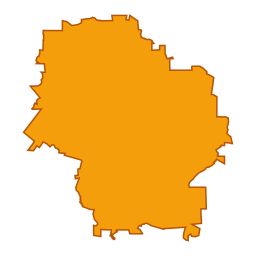 outline of Ahumada, Chihuahua, Mexico
{"feature_id": "50627088B53671513789035", "entity_name": "Ahumada", "entity_type": "district", "adm_level": 2, "iso_a3": "MEX", "parent_name": "Mexico", "parent_adm1": "Chihuahua", "projection": "mercator", "projection_center": [-106.345, 30.427], "detail": "fine", "context": "isolated", "style": "filled", "palette": "amber", "viewbox_px": 256, "rotation_deg": 0, "n_neighbors": 0, "source": "geoboundaries", "source_scale": "gbopen_adm2", "svg_char_len": 5570}
<svg xmlns="http://www.w3.org/2000/svg" viewBox="0 0 256 256"><path d="M71.8,25.5L66.8,21.6L62.4,20.7L62.4,30.6L43.2,30.5L43.2,34.5L43.5,34.6L43.8,35.2L43.7,35.5L43.7,36.2L43.6,36.6L43.7,38.3L43.5,39.4L43.7,40.1L43.2,40.1L43.0,50.2L39.6,50.0L39.7,50.4L39.8,51.7L39.8,53.2L39.3,54.4L39.4,54.5L39.1,55.6L38.8,56.0L38.8,56.4L37.4,57.0L37.0,57.4L36.6,58.4L36.6,59.4L36.2,59.8L36.1,60.8L36.6,61.3L36.9,61.5L37.2,61.9L37.6,62.0L37.8,62.3L38.0,62.4L37.5,62.5L37.0,62.8L36.3,63.6L44.3,63.8L45.2,72.3L41.2,72.2L42.3,73.3L42.3,73.7L42.7,75.2L42.6,75.5L42.8,76.3L42.8,76.6L42.6,76.7L42.8,78.0L42.4,78.8L41.5,79.2L41.3,79.6L41.2,80.0L41.5,80.6L41.6,82.8L41.2,83.2L40.7,84.4L39.0,85.2L38.0,86.0L30.3,86.1L40.1,97.9L38.2,98.8L38.1,99.0L37.5,99.4L36.8,100.2L36.9,103.2L37.1,104.3L36.2,103.8L35.5,103.2L35.4,103.0L35.2,103.0L35.2,103.3L34.4,104.0L34.0,104.7L34.0,105.4L33.6,107.2L33.1,107.5L33.0,107.8L32.0,108.5L32.0,108.9L32.1,109.3L41.4,109.0L23.6,132.3L34.5,141.3L31.9,145.1L27.9,150.3L33.5,150.7L36.9,145.8L39.3,147.6L41.8,144.1L43.1,142.0L43.4,142.1L44.5,142.5L45.4,143.0L46.0,143.6L46.8,143.7L48.8,145.7L49.4,145.9L50.0,146.8L50.3,146.4L51.9,145.0L52.1,145.0L52.5,144.8L53.4,144.9L54.5,145.9L54.7,146.4L54.8,146.9L55.0,147.2L55.3,147.5L55.6,148.1L57.5,148.5L57.8,148.8L57.9,149.3L58.2,149.6L58.6,149.8L58.7,149.7L58.8,149.9L59.1,150.1L58.9,152.9L65.1,153.4L64.3,155.2L80.4,159.8L81.7,160.4L81.8,161.0L79.9,168.8L78.8,168.8L77.9,169.2L78.1,175.2L75.0,175.6L75.4,178.8L79.2,178.0L77.6,182.4L75.8,187.5L76.3,190.3L78.3,192.2L80.1,196.3L80.3,196.6L80.6,196.7L80.2,197.9L80.6,198.1L80.2,199.4L80.7,199.5L80.3,200.8L80.8,201.0L80.5,201.6L80.1,201.4L79.8,202.1L80.8,202.4L80.6,203.0L81.6,203.4L81.4,204.0L81.9,204.2L81.8,204.3L82.0,205.2L82.4,205.2L82.7,205.4L82.6,206.6L87.3,208.3L89.3,209.2L93.7,209.8L94.2,209.7L93.0,214.1L94.5,219.4L97.5,222.9L97.8,224.1L97.2,224.6L96.8,225.2L96.2,225.7L96.0,226.0L93.6,225.3L93.7,235.4L100.8,236.5L100.8,229.4L103.5,229.7L105.5,229.7L105.9,229.8L111.2,229.9L111.1,232.0L110.7,233.1L111.9,233.9L110.2,235.2L110.2,235.9L111.2,235.8L111.3,235.8L111.5,236.1L111.6,237.0L111.8,237.1L111.8,237.4L112.1,237.7L112.1,238.0L112.9,238.5L113.1,239.1L113.7,239.4L113.8,239.3L114.5,239.4L114.8,238.8L114.4,238.5L114.5,237.9L113.6,237.1L112.1,235.1L115.6,232.5L117.3,231.7L116.1,230.5L116.9,229.9L128.7,229.9L129.4,232.4L129.9,233.8L142.5,233.8L142.5,233.4L141.5,232.2L141.2,231.5L139.9,229.5L138.3,228.8L137.6,228.3L139.3,225.5L141.3,226.2L141.2,225.1L141.6,224.8L142.2,224.4L142.6,224.3L143.2,224.1L144.1,224.3L145.4,223.2L147.2,223.5L151.0,225.4L151.1,225.6L163.5,229.2L163.4,228.7L185.7,227.2L185.3,228.3L184.8,229.1L183.8,233.1L183.4,236.0L183.5,238.0L185.7,239.9L188.2,240.6L188.2,236.6L188.4,236.7L188.3,235.5L188.9,235.3L189.8,234.6L190.9,234.3L190.9,234.7L191.2,235.1L191.3,235.4L191.7,236.3L192.9,236.6L193.5,236.3L193.8,236.4L194.0,236.3L195.1,236.7L198.7,235.5L199.9,228.7L192.0,224.3L201.5,223.4L200.9,212.3L200.9,208.9L206.3,208.9L205.7,187.3L200.6,187.2L189.3,187.2L188.8,185.0L188.7,184.2L189.5,183.1L189.5,182.7L189.8,182.1L191.2,180.7L191.4,180.7L192.0,179.9L192.8,179.5L194.6,177.0L198.6,173.0L204.3,170.0L205.5,169.0L206.6,167.3L206.8,167.3L208.2,167.4L208.3,167.3L208.4,167.1L209.2,167.0L210.6,166.1L211.2,165.9L211.7,165.6L214.2,163.4L213.8,162.7L214.2,162.7L214.2,162.3L214.4,161.8L214.8,161.7L214.7,161.5L215.0,161.4L215.2,161.1L215.6,161.0L215.8,161.0L215.9,160.9L216.0,160.7L215.9,160.2L216.6,159.2L224.5,163.8L224.5,156.3L217.4,156.2L217.7,155.1L217.7,154.9L217.9,154.8L217.8,154.6L218.0,154.1L218.0,153.9L218.3,153.2L216.6,151.4L216.0,149.9L216.4,149.5L217.9,148.8L218.7,148.0L219.2,147.9L219.8,147.6L219.9,147.3L220.2,147.1L220.2,146.9L220.5,146.9L220.9,146.7L220.9,145.5L224.5,145.5L224.6,142.6L229.2,142.9L231.5,143.6L232.4,143.6L230.9,137.7L230.9,137.0L226.8,133.4L227.2,132.3L227.3,131.3L227.5,130.8L227.6,130.5L228.0,129.9L227.8,129.8L227.6,128.9L227.4,128.6L227.2,127.3L227.4,126.2L228.0,124.6L228.1,124.2L228.1,123.3L228.6,121.9L228.3,120.1L228.2,118.0L226.7,117.2L225.6,116.9L216.8,116.8L216.9,96.6L216.5,96.5L213.1,94.6L211.3,94.4L212.6,86.4L213.5,78.9L213.8,77.7L213.7,77.5L213.2,77.1L209.7,75.1L206.9,74.0L206.6,73.7L206.6,73.2L206.6,72.7L207.0,72.3L206.7,71.7L206.5,71.4L202.6,67.8L202.0,67.4L201.1,67.1L200.1,66.3L199.7,66.2L192.4,66.2L192.4,66.3L191.8,66.6L191.7,66.8L191.9,70.2L169.8,70.2L169.7,58.8L173.0,58.7L172.8,57.8L172.8,57.5L172.7,57.2L172.0,57.3L167.6,58.7L167.4,58.8L167.1,58.4L166.2,56.7L166.0,55.5L165.8,55.3L165.8,54.8L165.3,54.5L165.0,53.9L165.1,52.9L165.0,45.5L159.7,45.5L159.6,49.8L151.9,50.3L151.8,43.5L152.0,43.5L152.3,43.5L153.0,43.6L153.9,43.3L153.4,42.9L153.1,42.9L152.8,42.6L152.1,42.5L151.9,42.6L152.2,42.3L152.7,42.0L153.0,42.1L152.6,41.8L152.3,41.8L151.9,41.6L152.0,41.4L152.0,40.5L149.4,39.4L148.6,39.3L147.8,39.6L147.0,39.5L146.3,39.3L145.9,38.9L145.5,38.7L144.8,38.6L144.5,38.7L144.3,38.3L142.4,37.9L141.8,37.7L142.0,37.5L141.0,36.3L141.0,35.6L140.7,35.0L140.7,34.3L140.5,34.0L140.7,33.8L140.9,33.1L140.9,32.8L141.3,31.7L141.5,30.3L141.3,30.0L140.2,30.0L139.8,29.9L139.6,29.7L138.5,29.8L137.7,20.8L137.0,20.4L129.8,15.4L128.9,20.3L126.0,19.6L126.8,15.4L111.9,15.4L112.6,20.6L101.4,20.8L101.4,20.6L100.9,20.5L100.4,20.7L100.0,20.5L99.7,20.4L99.5,20.2L99.1,20.2L98.4,20.6L98.2,20.7L97.5,20.3L97.5,20.1L97.3,20.1L96.7,20.0L96.3,19.7L95.7,19.1L95.7,18.9L95.5,18.6L94.9,18.1L94.1,17.8L94.0,17.6L92.9,17.6L92.5,17.3L92.1,17.7L91.0,18.2L89.0,18.7L86.9,18.8L84.9,19.1L83.8,19.2L82.8,19.6L82.2,19.4L81.5,19.4L81.4,22.8L77.5,24.7L71.8,25.5Z" fill="#f59e0b" stroke="#b45309" stroke-width="1.5"/></svg>